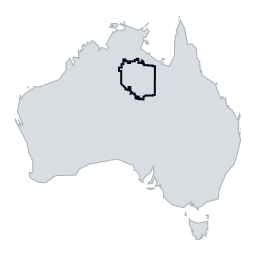 Barkly, Northern Territory, Australia (highlighted)
{"feature_id": "25037944B87984246529450", "entity_name": "Barkly", "entity_type": "district", "adm_level": 2, "iso_a3": "AUS", "parent_name": "Australia", "parent_adm1": "Northern Territory", "projection": "natural_earth1", "projection_center": [135.185, -19.542], "detail": "fine", "context": "in_parent", "style": "outline", "palette": "ink", "viewbox_px": 256, "rotation_deg": 0, "n_neighbors": 0, "source": "geoboundaries", "source_scale": "gbopen_adm2", "svg_char_len": 5992}
<svg xmlns="http://www.w3.org/2000/svg" viewBox="0 0 256 256"><path d="M184.6,28.6L187.7,44.5L191.8,43.7L196.4,48.5L197.0,58.2L199.7,61.6L200.3,70.6L202.2,75.3L215.4,84.1L220.3,98.4L221.8,99.2L222.2,96.6L225.0,99.2L225.5,98.0L226.5,105.2L228.2,107.4L231.9,109.7L238.9,122.0L238.3,130.2L240.6,140.1L236.1,158.5L233.2,165.3L226.4,172.9L219.8,187.9L217.9,199.2L206.8,201.9L201.1,206.7L197.7,207.2L198.6,210.0L193.4,205.9L194.2,205.0L193.9,204.0L192.9,203.9L191.1,205.7L189.8,204.6L192.0,202.9L190.8,201.7L183.5,207.8L172.3,204.8L163.6,197.3L163.4,191.5L159.4,186.2L161.1,186.4L161.1,184.9L155.2,186.4L157.0,182.5L154.7,176.8L152.5,183.3L148.2,184.0L148.9,181.8L150.9,181.8L153.9,172.9L153.2,166.2L150.2,173.2L145.8,175.9L142.8,180.1L143.3,182.2L141.5,182.0L138.7,179.6L140.5,179.6L139.2,175.4L136.5,170.7L134.2,170.1L133.8,166.0L116.9,159.0L88.5,164.3L79.5,169.1L75.7,175.1L55.9,175.5L45.5,182.7L38.2,182.3L29.8,177.4L29.4,172.4L31.4,173.3L33.0,170.3L32.6,160.3L28.8,152.7L27.1,143.2L16.9,123.4L20.6,125.6L18.2,119.5L19.9,123.1L22.6,124.2L17.6,111.8L20.3,94.7L21.2,98.7L24.2,94.3L35.1,86.5L39.1,87.0L59.1,79.5L66.5,69.6L65.9,63.1L69.8,58.4L73.3,65.6L75.0,61.6L72.8,58.8L73.4,57.0L80.0,58.2L77.9,57.5L79.3,54.6L78.1,52.1L81.6,51.8L80.3,49.9L83.2,49.6L82.2,46.9L84.7,43.9L84.9,45.7L87.0,45.5L87.1,42.0L90.1,43.3L91.9,40.5L95.1,42.4L99.3,47.2L98.6,51.0L101.5,47.3L107.5,49.8L108.7,47.7L106.0,44.8L113.0,31.8L114.4,32.6L116.8,29.3L117.7,30.7L124.9,29.7L124.7,26.6L119.8,24.2L120.6,23.4L138.1,30.2L143.2,27.7L142.0,30.3L144.1,31.7L146.7,28.6L149.1,31.2L146.3,37.0L143.2,37.6L143.4,41.8L140.5,48.3L156.3,60.3L160.7,61.5L162.0,64.3L169.1,66.3L174.3,56.0L174.8,40.8L175.6,35.2L177.4,33.8L176.1,31.2L180.5,20.3L184.6,28.6ZM189.3,220.1L197.6,223.3L207.7,221.3L207.9,230.3L207.4,228.7L206.3,230.6L205.8,236.5L202.3,234.1L199.8,239.5L195.5,239.0L196.5,237.5L192.8,235.0L191.5,230.4L193.1,231.2L189.4,224.8L189.3,220.1ZM111.6,23.5L116.7,23.5L118.2,25.1L114.9,28.4L111.6,23.5ZM146.3,188.3L154.8,188.0L151.2,189.5L146.3,188.3ZM147.7,40.9L148.7,44.1L145.6,43.6L146.1,41.3L147.7,40.9ZM238.5,120.6L238.4,116.8L239.7,113.7L240.1,116.0L238.5,120.6ZM205.6,214.8L208.4,215.5L208.4,216.8L205.6,214.8ZM111.1,24.5L112.9,27.7L109.7,27.5L111.1,24.5ZM186.4,215.3L184.8,215.0L185.8,212.8L186.4,215.3ZM164.6,58.9L163.1,59.9L161.5,60.4L162.3,58.6L164.6,58.9ZM16.8,122.6L15.5,120.8L15.4,119.1L15.6,119.0L16.8,122.6ZM207.8,218.0L208.8,218.8L206.8,218.1L207.8,218.0ZM227.6,105.7L228.7,105.7L228.7,107.4L227.6,105.7ZM200.7,70.5L202.0,71.5L201.8,72.1L200.7,70.5ZM202.1,237.3L202.1,238.7L201.1,238.3L202.1,237.3ZM240.0,131.6L240.0,133.7L239.9,133.6L240.0,131.6ZM124.4,23.4L123.6,22.5L124.1,22.0L124.4,23.4ZM147.9,23.5L146.7,25.2L148.1,22.3L147.9,23.5ZM240.3,129.2L239.7,129.8L240.1,129.1L240.3,129.2ZM149.7,53.3L149.0,53.6L149.4,52.8L149.7,53.3ZM145.2,40.8L144.3,41.0L144.9,40.0L145.2,40.8ZM28.0,86.6L27.8,87.9L27.4,87.8L28.0,86.6ZM179.0,19.5L179.0,20.7L178.7,19.8L179.0,19.5ZM192.9,204.5L193.1,205.1L192.8,204.9L192.9,204.5ZM146.3,25.6L144.7,26.7L146.4,25.3L146.3,25.6ZM82.3,45.3L81.7,46.1L82.1,45.2L82.3,45.3ZM202.7,236.2L202.2,236.5L202.5,236.0L202.7,236.2ZM163.8,62.8L162.9,62.8L163.4,62.1L163.8,62.8ZM79.0,51.2L78.5,51.6L78.5,50.6L79.0,51.2ZM206.9,233.2L206.2,233.6L206.4,232.8L206.9,233.2ZM179.6,16.5L179.5,17.3L179.0,16.9L179.6,16.5ZM192.5,205.4L193.2,206.0L192.0,205.8L192.5,205.4ZM217.0,84.0L216.4,84.0L216.7,83.2L217.0,84.0ZM221.6,96.5L221.3,96.5L221.6,95.8L221.6,96.5ZM189.7,219.0L189.5,219.5L189.3,218.8L189.7,219.0Z" fill="#d9dde1" stroke="#a8b0b8" stroke-width="1"/><path d="M154.8,90.1L154.8,88.5L154.8,88.2L154.8,87.4L154.8,87.1L154.8,86.8L154.8,86.1L154.8,85.8L154.8,84.3L154.8,83.7L154.8,81.8L154.8,81.4L154.9,80.0L154.9,78.5L154.9,77.4L154.9,77.1L154.9,76.9L154.9,76.6L154.9,76.1L154.9,75.9L154.9,75.3L154.9,75.1L154.9,74.2L154.9,73.3L154.9,73.2L154.9,72.9L154.9,70.0L154.9,69.3L154.9,68.8L154.9,67.4L154.9,66.2L154.4,66.2L153.1,66.2L152.6,66.2L152.6,65.5L151.7,65.5L150.0,65.5L149.2,65.5L148.3,65.5L148.3,65.2L146.6,65.2L144.8,65.2L144.0,65.2L144.0,64.5L144.0,63.9L143.0,63.9L143.0,63.0L143.0,62.0L143.0,61.9L143.3,61.6L142.4,60.8L142.4,61.9L142.2,61.9L141.9,61.9L141.3,61.9L141.3,63.0L140.3,63.0L140.2,63.0L139.0,63.0L138.4,63.0L138.4,62.7L138.4,62.1L138.4,60.9L138.4,58.9L137.9,58.8L137.1,58.8L137.1,59.8L135.4,59.8L134.8,59.8L134.8,61.3L133.5,61.3L131.7,61.3L130.0,61.3L130.0,62.7L130.0,63.0L129.2,63.0L128.9,63.0L128.3,63.0L128.2,62.8L128.1,62.7L127.8,62.7L127.8,62.3L127.8,61.3L127.6,61.3L126.4,61.3L126.4,60.8L125.8,60.8L125.6,60.8L125.2,60.8L125.2,60.6L125.2,59.4L123.9,59.4L123.4,59.4L123.3,60.4L123.3,60.5L123.3,62.4L123.3,64.2L123.2,64.2L121.5,64.2L121.5,66.1L121.7,67.6L120.0,67.6L119.0,67.6L119.0,68.1L119.0,70.1L119.0,71.0L119.4,71.0L121.2,71.0L121.2,72.0L121.2,74.0L121.2,75.9L121.2,76.1L121.2,77.9L121.2,79.9L121.2,81.8L121.2,82.1L121.2,83.9L122.1,84.8L122.7,85.3L124.0,86.6L125.4,87.8L125.4,88.9L125.4,89.3L127.1,89.3L127.6,89.3L127.7,90.1L128.6,90.1L128.6,88.9L128.6,88.1L128.6,87.0L130.3,87.0L130.4,88.3L130.4,88.8L130.5,90.3L130.5,91.5L131.1,91.6L131.1,92.6L131.3,92.6L131.8,92.6L131.7,92.8L131.5,93.1L131.4,93.2L131.3,93.4L131.2,93.5L133.0,93.5L133.5,93.5L134.0,93.5L134.5,93.5L134.5,94.5L134.8,94.5L135.3,95.1L135.8,95.8L135.7,96.3L135.4,96.5L135.4,97.0L135.5,97.0L135.4,97.3L135.4,97.5L135.7,97.5L135.8,97.5L135.8,97.9L135.9,98.1L135.9,98.3L135.9,98.5L137.0,98.7L137.3,98.7L137.3,96.6L138.7,96.6L138.8,96.6L138.8,97.9L138.8,98.3L138.8,98.6L138.8,99.2L139.4,99.2L140.2,99.2L140.2,98.9L140.2,98.7L140.6,98.5L141.4,99.2L141.7,99.2L142.3,99.2L142.8,99.3L143.0,99.4L143.1,99.1L143.5,99.2L143.5,97.2L143.5,96.6L144.4,96.6L144.5,96.5L144.6,96.4L144.8,96.3L144.8,96.2L145.0,96.1L145.2,95.9L145.3,95.9L145.5,95.7L145.8,95.4L145.9,95.5L146.0,95.5L146.0,95.4L146.3,95.4L146.3,95.5L147.5,95.5L149.3,95.5L150.3,95.5L151.1,95.5L153.0,95.5L153.0,95.0L154.8,95.0L154.8,94.9L154.8,94.7L154.8,94.4L154.8,94.1L154.8,93.6L154.8,93.4L154.8,92.1L154.8,90.1Z" fill="none" stroke="#020617" stroke-width="2"/></svg>